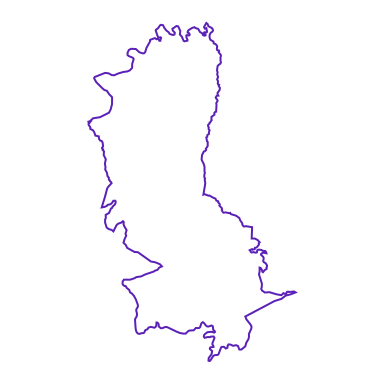 Senekane, Berea, Lesotho (Mercator projection)
{"feature_id": "5366337B41059399300258", "entity_name": "Senekane", "entity_type": "district", "adm_level": 2, "iso_a3": "LSO", "parent_name": "Lesotho", "parent_adm1": "Berea", "projection": "mercator", "projection_center": [27.679, -29.225], "detail": "fine", "context": "isolated", "style": "outline", "palette": "violet", "viewbox_px": 384, "rotation_deg": 0, "n_neighbors": 0, "source": "geoboundaries", "source_scale": "gbopen_adm2", "svg_char_len": 5963}
<svg xmlns="http://www.w3.org/2000/svg" viewBox="0 0 384 384"><path d="M208.5,360.7L209.3,361.0L210.2,360.7L213.4,355.8L215.0,355.1L217.7,354.9L218.5,354.2L221.1,347.4L221.7,346.9L223.9,346.8L225.8,348.5L227.4,347.8L227.6,345.8L228.5,344.4L230.6,344.6L233.0,345.8L236.1,345.2L238.0,346.0L239.3,349.5L240.3,349.6L241.6,349.4L245.3,346.3L246.2,343.0L248.6,338.8L249.0,336.2L248.9,334.0L251.2,328.8L251.5,327.2L251.3,326.0L250.6,324.7L246.4,319.3L245.3,316.5L274.6,301.0L281.4,298.9L285.7,295.6L290.7,294.3L295.6,292.4L294.0,291.5L289.0,292.0L288.1,291.6L287.0,291.9L286.5,293.1L285.7,293.6L284.5,293.8L283.4,293.1L281.4,295.2L276.5,294.3L269.5,292.2L264.8,292.5L262.0,290.5L261.2,288.9L261.8,287.0L261.9,283.7L259.0,274.3L259.6,271.6L259.6,267.6L260.6,267.9L262.0,270.1L262.3,271.7L263.0,272.2L264.7,270.1L266.7,268.8L266.5,267.6L267.0,266.5L267.0,265.4L265.6,263.2L263.9,262.2L263.2,261.2L263.7,258.2L263.2,256.8L261.0,254.8L261.1,253.9L262.4,253.0L263.8,252.7L266.4,253.3L266.0,251.9L265.4,251.1L262.4,250.7L261.5,250.0L258.8,249.6L257.3,250.2L256.9,252.4L255.6,252.7L253.5,252.1L251.6,252.5L250.7,251.9L250.5,251.1L249.7,250.2L252.1,249.1L252.7,249.7L254.7,249.1L254.9,247.9L256.7,247.4L258.9,244.7L258.7,243.3L259.7,242.3L257.6,240.0L254.7,238.5L251.7,238.5L252.1,227.2L246.1,226.2L243.7,226.5L242.3,224.6L242.3,223.4L240.3,220.5L239.3,218.0L236.1,215.7L230.9,214.1L230.2,212.9L229.4,213.2L225.7,212.4L223.5,212.7L222.7,211.9L221.7,210.1L222.1,209.4L221.8,208.1L219.4,205.7L219.8,204.8L219.5,203.8L218.2,202.4L218.2,201.3L216.4,200.6L215.4,198.6L212.8,197.5L209.4,195.5L208.5,195.7L204.6,194.2L203.4,194.6L205.3,183.3L204.7,179.5L205.1,178.5L204.3,177.2L204.4,174.2L204.9,173.0L204.5,171.1L204.5,166.5L203.6,163.7L201.6,159.7L202.0,155.1L203.8,151.5L204.8,151.3L206.2,149.9L205.8,148.9L207.7,146.0L207.7,141.9L207.0,141.2L206.3,137.4L207.2,136.9L207.4,135.0L209.0,133.9L208.9,132.1L209.6,130.3L208.7,129.3L208.7,127.2L208.1,126.4L208.1,124.9L209.5,123.6L209.6,122.7L210.2,122.3L211.7,120.1L211.4,119.3L211.5,116.8L214.5,114.7L214.3,112.9L215.2,111.9L216.1,111.7L216.5,105.1L216.3,103.0L217.6,100.9L217.2,99.6L216.3,98.7L215.7,97.5L216.7,95.8L218.3,95.6L217.7,94.4L217.5,93.0L219.6,90.0L219.9,87.9L218.7,85.9L219.1,84.8L218.1,84.3L217.8,83.7L218.0,81.2L217.1,79.3L218.1,77.1L217.2,74.4L217.6,72.2L217.0,70.5L217.6,66.1L218.2,65.3L220.3,63.7L220.9,62.6L220.5,60.5L220.5,57.5L220.9,55.8L220.7,54.7L218.8,52.5L218.7,51.9L219.2,51.1L218.9,50.5L217.2,50.1L216.8,48.8L217.2,46.5L216.9,45.6L215.6,44.1L213.7,43.4L213.5,41.6L210.5,39.8L209.8,38.5L209.5,36.1L209.8,34.3L210.7,32.9L212.5,31.5L213.0,30.4L212.8,29.4L211.8,28.0L208.4,26.2L207.6,24.0L206.3,23.0L204.0,27.1L204.9,28.6L206.3,28.1L207.1,31.9L206.4,32.5L204.6,32.2L204.1,32.5L204.2,33.4L205.6,34.8L205.5,35.4L204.2,35.7L202.9,35.0L202.2,33.3L200.0,32.0L198.1,28.8L195.7,28.2L194.5,27.2L192.2,27.9L188.5,30.2L187.7,31.5L187.6,32.6L189.1,33.2L189.7,34.5L189.5,35.2L188.9,35.5L187.0,35.1L186.3,35.5L186.5,37.6L187.5,39.9L187.4,40.7L184.4,41.3L183.6,40.8L181.8,36.6L179.9,34.5L180.3,31.0L178.2,26.4L176.5,26.0L172.4,28.8L172.8,30.5L174.8,32.7L174.5,34.5L173.0,35.0L169.6,33.9L168.7,32.3L166.2,30.4L164.3,27.8L163.0,25.2L161.0,24.8L160.0,25.4L158.1,28.2L155.9,29.8L155.7,30.5L158.0,37.2L158.6,37.5L160.6,37.3L161.1,37.7L160.3,40.8L159.4,40.8L158.1,38.7L156.5,39.2L154.9,38.1L150.2,39.8L150.0,41.5L146.5,47.8L145.2,52.1L144.0,53.3L142.9,53.4L139.4,52.3L135.8,49.0L131.1,48.8L128.8,50.0L127.6,52.7L127.5,55.0L128.8,56.1L132.9,57.8L133.7,59.1L132.2,63.9L132.1,67.9L129.9,70.3L127.5,71.4L123.2,72.0L118.2,73.5L114.1,75.3L111.6,75.0L108.5,73.3L105.1,72.9L94.7,77.0L94.2,77.8L94.2,78.5L96.3,82.2L102.5,88.4L104.4,90.0L106.9,90.8L109.2,94.3L111.8,96.8L112.1,97.8L112.0,104.2L110.7,109.3L109.0,112.7L100.0,117.2L93.1,118.3L89.8,121.3L88.4,121.7L88.5,122.1L90.3,121.9L88.5,124.1L88.7,125.0L90.3,127.2L90.3,128.9L93.0,130.3L94.2,132.1L95.4,135.6L98.8,136.4L99.0,138.9L100.2,140.6L101.7,141.0L102.6,142.5L103.1,146.4L102.0,147.8L102.2,148.7L103.1,149.2L102.7,150.0L104.0,151.4L103.7,155.0L105.8,159.3L104.9,163.6L105.5,167.1L105.2,169.5L106.9,172.7L107.6,176.4L108.8,177.6L108.9,179.7L109.7,180.2L110.1,181.4L111.1,182.1L111.6,183.1L107.8,187.3L107.0,189.1L104.9,197.1L101.7,207.4L104.6,206.9L106.7,206.0L107.6,204.9L110.6,204.2L112.4,202.5L113.3,200.8L115.2,200.7L115.7,201.4L115.4,203.6L114.7,204.7L112.6,206.6L112.2,207.8L110.9,208.6L109.1,212.9L105.7,214.9L105.8,218.1L105.1,219.5L105.1,222.6L106.7,227.6L108.6,229.0L111.8,230.0L113.4,231.4L116.5,225.2L118.1,223.7L121.3,222.6L122.9,221.2L123.8,222.2L123.5,224.0L124.2,226.1L126.6,230.2L125.5,233.7L126.2,235.7L124.7,238.8L123.5,242.7L125.8,245.0L127.2,247.9L134.6,252.0L137.9,252.2L150.9,261.5L155.3,262.3L159.9,264.2L161.9,266.4L159.3,267.5L157.4,269.9L155.1,270.6L153.9,271.5L145.3,274.4L141.2,276.4L136.3,277.1L134.6,278.2L130.1,279.7L123.9,279.7L122.7,281.4L122.5,283.7L123.3,285.1L124.3,285.9L125.7,286.1L126.8,288.0L129.2,289.9L130.1,292.4L131.7,293.3L133.9,295.8L135.8,299.3L137.8,304.7L137.9,306.7L136.3,309.4L136.3,311.1L137.0,313.5L136.8,316.1L135.0,319.3L135.5,326.9L135.9,330.3L136.6,332.0L137.7,333.5L139.8,333.9L141.0,333.3L143.7,333.0L144.7,331.8L145.0,330.6L145.7,329.9L147.3,329.4L148.6,327.5L151.0,326.9L154.4,327.7L155.4,327.2L156.3,325.4L156.5,322.5L157.5,322.6L158.2,323.5L158.7,324.3L158.7,326.4L160.8,328.2L162.2,328.2L165.2,327.0L167.1,327.1L176.7,331.7L179.9,333.0L183.2,333.6L185.7,333.6L187.9,331.4L189.5,330.5L193.7,330.3L195.8,328.0L199.0,328.1L200.1,327.2L201.2,323.8L201.8,322.8L202.9,322.2L204.5,323.6L205.6,325.2L207.1,326.4L208.2,326.6L211.5,325.5L212.8,326.2L213.2,329.7L214.6,331.0L215.0,332.0L214.1,332.6L211.6,331.8L207.4,332.2L204.9,334.1L204.1,335.1L203.8,336.7L204.6,337.8L208.0,337.0L209.8,337.2L210.9,336.6L213.7,336.5L214.5,337.9L212.5,343.0L212.4,344.5L213.3,345.8L213.5,346.9L210.3,347.4L209.8,348.4L210.0,349.2L212.1,351.0L211.9,352.5L211.4,354.5L208.7,358.0L208.5,360.7Z" fill="none" stroke="#5b21b6" stroke-width="2"/></svg>